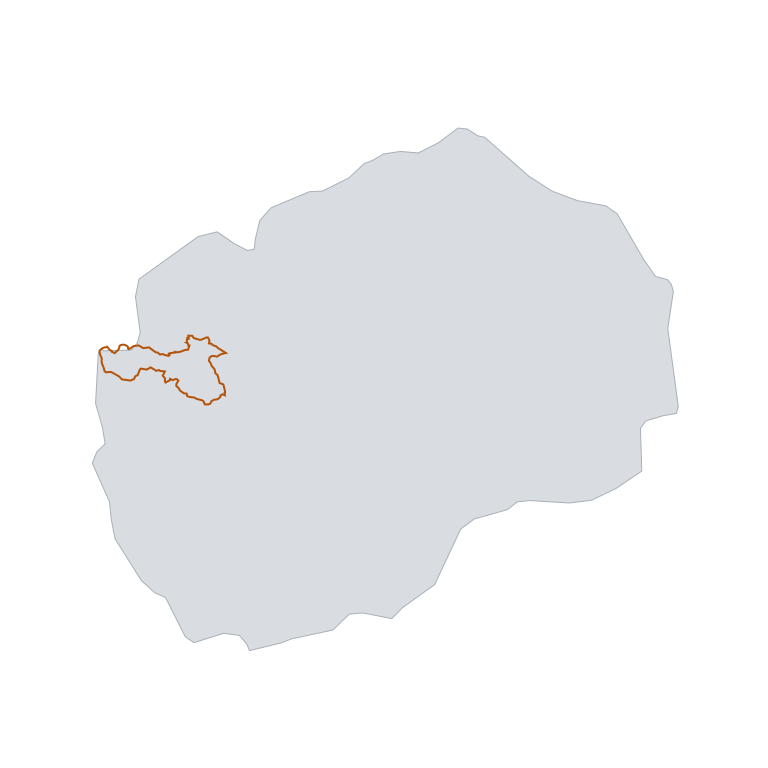 location of Gostivar, Gostivar, North Macedonia, rotated 350°
{"feature_id": "65306769B11113266730381", "entity_name": "Gostivar", "entity_type": "district", "adm_level": 2, "iso_a3": "MKD", "parent_name": "North Macedonia", "parent_adm1": "Gostivar", "projection": "orthographic", "projection_center": [20.801, 41.759], "detail": "fine", "context": "in_parent", "style": "outline", "palette": "amber", "viewbox_px": 768, "rotation_deg": 350, "n_neighbors": 0, "source": "geoboundaries", "source_scale": "gbopen_adm2", "svg_char_len": 3220}
<svg xmlns="http://www.w3.org/2000/svg" viewBox="0 0 768 768"><g transform="rotate(350 384 384)"><path d="M343.9,181.7L357.0,183.3L385.1,175.0L402.6,163.6L411.5,161.8L423.4,157.4L440.5,157.8L457.9,162.4L479.9,155.7L501.4,144.8L510.1,147.3L519.7,156.0L525.9,158.4L562.8,204.6L582.9,223.2L606.5,237.1L633.4,247.1L643.2,256.9L661.4,306.5L670.0,325.2L681.4,330.6L684.3,336.0L685.0,343.2L673.1,378.6L669.9,457.4L666.8,463.7L653.4,463.7L635.6,465.8L628.9,472.0L622.7,514.5L594.2,527.2L568.2,534.5L546.1,533.4L507.3,524.1L494.6,523.2L483.9,529.1L449.4,532.6L434.3,540.2L399.2,590.2L363.2,607.6L350.9,616.4L323.2,605.7L309.9,604.6L290.9,617.4L248.9,618.9L237.5,621.1L205.2,623.2L203.8,616.3L197.8,606.4L182.7,601.7L151.9,605.7L144.4,598.4L131.8,556.4L121.9,549.6L110.9,535.5L92.3,489.8L91.9,469.8L93.2,452.3L83.0,411.3L89.4,401.0L99.0,394.5L99.2,378.1L96.6,353.0L108.0,303.9L111.1,300.3L114.0,302.7L141.3,306.7L148.4,300.4L152.9,290.7L154.4,254.8L160.9,238.2L226.7,206.5L246.0,205.2L260.9,219.7L272.7,228.9L279.8,228.6L282.3,219.2L290.2,201.2L303.6,190.8L343.6,181.7L343.9,181.7Z" fill="#d9dde1" stroke="#a8b0b8" stroke-width="1"/><path d="M207.5,373.6L209.6,373.1L211.1,371.0L213.8,370.0L217.0,370.1L218.9,369.4L220.6,368.3L221.1,366.7L223.2,366.1L225.4,367.5L225.4,365.1L226.1,364.7L226.2,363.7L225.7,356.5L222.3,354.5L221.7,346.4L219.9,344.3L219.7,340.1L217.4,336.2L216.8,333.1L215.6,330.7L216.8,327.8L218.4,326.7L220.9,326.7L224.2,328.0L228.7,326.3L233.7,326.0L226.7,319.7L225.3,317.8L222.3,316.1L221.0,314.4L218.6,313.6L219.7,311.0L218.7,307.6L217.2,307.3L211.5,308.7L209.7,308.3L204.7,305.8L203.5,303.2L200.5,302.6L199.7,302.4L199.7,304.1L198.5,304.3L199.4,305.6L197.6,305.9L197.3,308.5L196.4,308.8L197.8,309.7L198.1,312.3L199.0,312.4L197.0,316.2L193.8,316.0L188.9,316.9L185.6,316.8L183.8,316.1L183.9,316.7L177.9,316.5L177.2,317.0L177.6,317.6L177.0,318.1L177.6,318.4L177.1,318.9L173.8,317.8L171.2,316.1L168.6,316.1L166.6,313.8L164.5,313.0L158.9,307.1L153.2,306.9L149.1,303.4L143.9,303.2L142.4,303.9L141.3,304.4L140.5,304.8L138.9,305.4L138.6,305.4L138.1,304.8L138.1,304.2L138.4,303.5L138.2,302.8L137.5,302.0L135.6,300.5L133.9,299.9L131.3,300.0L130.9,300.2L130.0,300.8L129.6,302.3L128.9,303.4L127.5,304.7L125.8,305.7L124.2,306.9L122.6,305.6L121.6,305.1L121.4,303.9L120.6,303.4L119.3,302.1L118.6,300.4L118.3,300.0L118.0,299.5L117.7,299.2L117.4,299.5L117.1,299.7L116.5,299.6L116.2,299.6L115.3,299.4L115.0,299.4L113.2,299.8L112.1,300.3L109.8,301.7L109.6,302.2L109.4,303.5L109.7,306.7L110.0,307.7L110.2,308.5L110.3,308.8L110.4,309.6L110.4,310.4L110.2,311.1L109.9,312.2L109.9,312.5L109.8,312.9L109.8,313.7L109.8,314.9L110.1,316.5L110.3,316.8L110.5,317.9L110.7,318.9L111.1,323.0L112.1,323.8L112.2,324.2L117.3,324.7L124.4,330.5L126.6,333.9L134.9,336.6L138.7,335.7L140.4,333.2L143.0,332.4L146.1,327.3L147.3,326.6L152.8,328.6L157.1,327.1L162.1,331.5L164.9,331.2L165.9,332.3L170.4,333.6L167.5,337.4L169.4,340.5L168.7,342.8L169.1,344.6L173.8,343.1L174.2,341.8L176.4,343.4L180.1,342.9L181.1,343.5L182.1,345.0L179.6,347.9L179.1,349.8L180.9,352.1L182.1,355.2L185.4,358.5L188.0,359.2L188.0,361.6L190.0,362.9L195.0,364.5L197.1,366.3L202.0,368.4L203.3,369.8L204.0,373.0L207.5,373.6Z" fill="none" stroke="#b45309" stroke-width="2"/></g></svg>